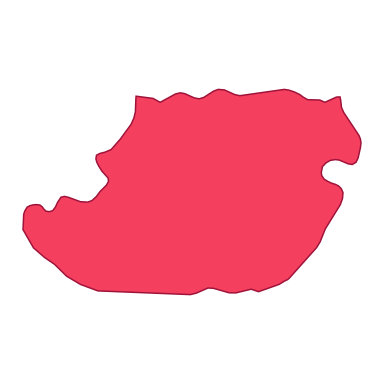 an SVG outline of Tizi Ouzou
{"feature_id": "DZA-2197", "entity_name": "Tizi Ouzou", "entity_type": "Province", "adm_level": 1, "iso_a3": "DZA", "parent_name": "Algeria", "parent_adm1": "", "projection": "mercator", "projection_center": [4.213, 36.689], "detail": "fine", "context": "isolated", "style": "filled", "palette": "rose", "viewbox_px": 384, "rotation_deg": 0, "n_neighbors": 0, "source": "natural_earth", "source_scale": "10m", "svg_char_len": 1421}
<svg xmlns="http://www.w3.org/2000/svg" viewBox="0 0 384 384"><path d="M136.1,96.2L153.0,98.4L160.2,102.3L175.6,93.9L180.4,92.8L184.9,93.7L194.3,97.9L199.2,98.8L203.8,97.4L213.6,91.1L218.3,89.4L224.4,89.9L234.5,94.5L239.8,95.7L284.3,89.4L288.9,90.1L294.5,92.0L299.7,94.5L303.3,97.2L307.7,99.7L319.7,100.0L324.9,102.3L336.4,97.1L340.0,96.9L340.7,100.2L341.5,107.5L343.8,112.6L359.0,135.5L360.4,139.0L361.0,143.0L360.4,147.8L358.1,158.0L356.0,162.3L352.3,164.5L348.3,163.9L339.3,160.1L335.3,159.6L330.3,160.4L326.0,162.9L322.5,166.6L321.3,172.4L321.7,175.5L324.1,179.1L327.6,181.3L331.4,183.1L335.2,184.3L338.5,185.9L341.2,188.6L343.0,192.5L342.5,198.6L340.3,204.7L325.3,228.9L320.2,241.7L316.6,247.6L289.1,278.4L287.8,279.5L284.3,281.2L279.1,284.4L258.5,291.7L251.2,289.2L235.8,292.9L229.1,292.8L213.4,288.3L208.0,288.0L196.2,293.2L190.3,294.6L97.9,290.9L80.4,284.4L66.6,276.2L54.4,264.2L44.7,257.6L33.5,247.9L23.0,229.6L23.7,214.3L24.8,211.0L27.1,207.2L29.9,205.7L33.0,204.9L36.4,204.6L39.8,205.0L42.2,206.8L43.9,209.2L45.9,211.1L49.1,211.7L52.7,210.7L55.6,206.7L57.6,202.3L61.0,197.2L64.7,196.4L68.7,197.4L80.4,201.7L87.8,202.1L92.1,200.5L96.4,196.5L100.0,191.6L106.4,185.2L108.5,181.5L108.1,178.1L101.9,171.1L98.8,166.2L96.8,162.2L95.9,158.8L96.5,155.2L100.0,153.4L104.9,152.2L111.2,149.5L120.3,139.1L131.1,124.3L133.9,118.0L135.4,111.8L135.9,98.6L136.1,96.2Z" fill="#f43f5e" stroke="#9f1239" stroke-width="1.5"/></svg>